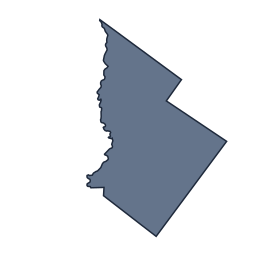 outline of Webb, Texas, United States of America, rotated 37°
{"feature_id": "52423323B96012126646205", "entity_name": "Webb", "entity_type": "district", "adm_level": 2, "iso_a3": "USA", "parent_name": "United States of America", "parent_adm1": "Texas", "projection": "natural_earth1", "projection_center": [-99.706, 27.732], "detail": "fine", "context": "isolated", "style": "filled", "palette": "slate", "viewbox_px": 256, "rotation_deg": 37, "n_neighbors": 0, "source": "geoboundaries", "source_scale": "gbopen_adm2", "svg_char_len": 1823}
<svg xmlns="http://www.w3.org/2000/svg" viewBox="0 0 256 256"><g transform="rotate(37 128 128)"><path d="M52.5,58.2L40.3,58.4L40.8,59.3L42.3,59.4L43.6,60.0L45.0,61.0L45.7,62.2L46.7,62.7L49.1,62.7L51.8,64.5L55.4,65.6L56.2,66.3L57.2,69.1L58.2,70.8L59.6,72.3L59.7,72.7L59.5,73.7L60.0,75.2L60.9,76.0L63.0,76.9L64.3,78.2L65.0,82.3L65.5,84.3L67.6,88.7L68.4,89.3L71.2,90.3L75.0,90.7L75.0,92.7L74.2,94.8L74.3,96.8L76.8,100.2L78.9,101.0L79.5,102.2L79.8,103.0L79.7,103.9L78.8,105.2L78.4,106.6L78.8,108.2L79.7,109.4L81.2,110.3L81.8,111.5L81.9,112.2L81.7,114.2L81.7,117.9L82.6,118.7L85.0,118.8L85.8,121.0L86.2,122.9L87.0,123.4L88.1,123.2L88.6,122.8L89.0,121.4L89.7,121.8L90.6,124.0L91.1,126.6L91.8,127.5L92.7,128.2L93.1,128.3L94.4,127.8L95.0,128.0L96.5,130.3L96.6,131.1L99.7,135.0L100.8,136.8L101.1,137.9L102.3,139.1L103.2,139.6L103.8,139.5L105.5,138.7L107.6,138.8L108.5,139.5L108.9,140.3L108.7,141.1L108.0,141.8L107.9,142.4L109.4,143.4L111.3,143.8L113.0,143.2L113.1,142.7L115.7,141.5L116.6,141.9L116.9,142.1L117.2,143.7L118.0,144.5L118.8,145.0L118.8,146.3L118.0,146.9L118.0,147.3L118.6,147.5L120.7,146.7L121.2,146.5L121.5,145.7L123.6,147.3L124.8,150.8L125.6,151.3L126.6,152.0L127.0,152.6L127.2,153.2L126.8,154.3L126.2,154.9L125.8,156.2L125.0,163.0L125.3,163.3L126.1,163.3L126.9,162.9L128.8,162.8L130.6,164.2L131.0,165.0L131.0,165.6L130.5,167.7L130.3,168.1L129.1,170.1L129.1,172.0L130.1,176.0L129.5,180.7L128.7,181.8L127.6,184.7L127.6,185.5L127.9,187.1L125.9,189.1L124.7,189.2L123.9,190.4L124.0,190.9L124.9,191.9L125.6,192.2L127.1,192.2L128.3,191.9L129.2,192.3L130.0,193.6L130.1,194.3L129.0,197.0L129.5,198.2L130.1,198.7L131.0,198.8L133.1,197.5L134.3,198.1L144.6,189.9L149.2,196.8L196.2,197.4L215.7,197.6L215.6,184.7L214.8,79.3L142.3,83.3L141.6,58.3L141.6,57.2L52.5,58.2Z" fill="#64748b" stroke="#1e293b" stroke-width="1.5"/></g></svg>